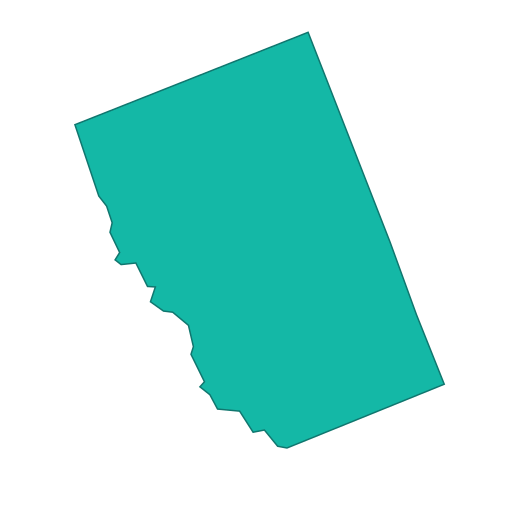 outline of Washington, Illinois, United States of America, rotated 248°
{"feature_id": "52423323B5171032180406", "entity_name": "Washington", "entity_type": "district", "adm_level": 2, "iso_a3": "USA", "parent_name": "United States of America", "parent_adm1": "Illinois", "projection": "orthographic", "projection_center": [-89.437, 38.366], "detail": "fine", "context": "isolated", "style": "filled", "palette": "teal", "viewbox_px": 512, "rotation_deg": 248, "n_neighbors": 0, "source": "geoboundaries", "source_scale": "gbopen_adm2", "svg_char_len": 562}
<svg xmlns="http://www.w3.org/2000/svg" viewBox="0 0 512 512"><g transform="rotate(248 256 256)"><path d="M445.4,162.5L445.6,137.3L370.5,132.7L358.2,136.2L340.7,135.1L332.7,129.5L310.3,130.9L305.2,123.9L298.6,127.7L294.5,142.0L268.4,144.0L265.0,151.1L253.1,141.0L239.6,149.6L235.1,157.7L217.0,167.4L195.4,164.0L189.2,158.9L158.7,161.1L155.7,155.0L144.6,161.3L128.5,163.0L118.3,182.7L93.7,187.3L91.5,198.6L71.5,204.8L66.4,212.8L66.6,382.5L141.6,382.8L218.5,385.5L443.9,388.1L444.9,237.2L445.4,162.5Z" fill="#14b8a6" stroke="#0f766e" stroke-width="1.5"/></g></svg>